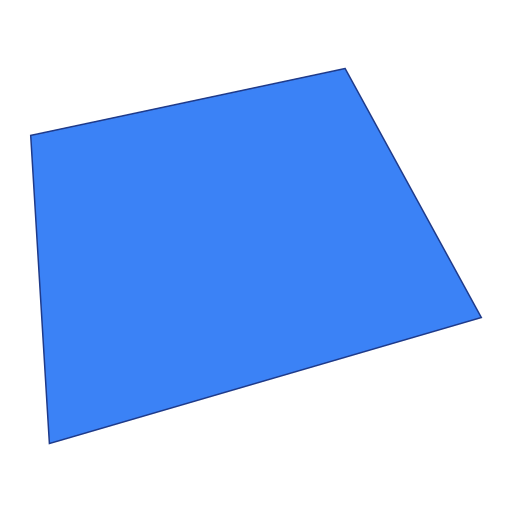 Quatre Bornes, Albers equal-area conic projection
{"feature_id": "MUS-5191", "entity_name": "Quatre Bornes", "entity_type": "City", "adm_level": 1, "iso_a3": "MUS", "parent_name": "Mauritius", "parent_adm1": "", "projection": "albers", "projection_center": [57.476, -20.27], "detail": "fine", "context": "isolated", "style": "filled", "palette": "blue", "viewbox_px": 512, "rotation_deg": 0, "n_neighbors": 0, "source": "natural_earth", "source_scale": "10m", "svg_char_len": 188}
<svg xmlns="http://www.w3.org/2000/svg" viewBox="0 0 512 512"><path d="M49.4,443.5L30.7,135.4L345.1,68.5L481.3,317.5L49.4,443.5Z" fill="#3b82f6" stroke="#1e3a8a" stroke-width="1.5"/></svg>